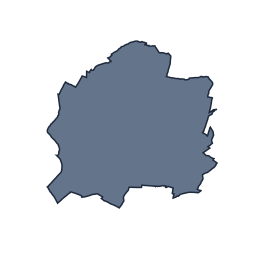 the district of Dobrin, Salaj, Romania, rotated 344°
{"feature_id": "2599482B81285722475955", "entity_name": "Dobrin", "entity_type": "district", "adm_level": 2, "iso_a3": "ROU", "parent_name": "Romania", "parent_adm1": "Salaj", "projection": "natural_earth1", "projection_center": [23.114, 47.302], "detail": "fine", "context": "isolated", "style": "filled", "palette": "slate", "viewbox_px": 256, "rotation_deg": 344, "n_neighbors": 0, "source": "geoboundaries", "source_scale": "gbopen_adm2", "svg_char_len": 5763}
<svg xmlns="http://www.w3.org/2000/svg" viewBox="0 0 256 256"><g transform="rotate(344 128 128)"><path d="M180.9,208.4L180.8,208.2L179.6,207.6L179.1,207.3L177.9,206.2L177.7,205.9L178.9,204.8L179.6,203.6L182.1,201.8L182.9,201.0L183.2,200.4L185.3,198.5L185.9,197.7L186.2,197.0L186.4,195.4L186.4,194.4L186.7,193.5L189.7,192.6L190.8,192.6L191.8,192.7L192.0,192.6L193.5,192.2L194.3,191.7L196.5,191.0L198.1,190.1L199.5,189.8L200.4,189.2L200.7,189.1L202.3,187.9L202.5,187.2L203.9,186.4L203.8,185.9L201.0,182.5L200.8,182.2L202.2,181.1L201.3,180.6L199.2,178.8L198.7,177.8L198.0,177.0L195.6,176.0L194.8,175.0L194.5,174.3L193.4,172.5L200.7,170.0L200.6,169.8L200.7,169.6L200.9,169.6L199.7,168.0L202.5,167.1L203.9,166.3L204.9,166.0L205.0,165.1L204.8,164.2L204.8,163.4L205.6,161.7L207.2,160.0L207.2,159.7L208.4,158.3L208.3,158.2L208.4,156.6L208.6,156.0L208.7,154.6L208.2,153.2L207.9,151.6L207.4,150.3L207.4,149.9L206.8,150.3L205.7,152.2L204.4,154.0L202.3,157.5L202.2,157.6L202.0,157.4L201.1,155.8L198.4,153.1L198.6,152.6L199.5,152.4L200.1,151.7L200.6,150.9L200.8,150.4L203.0,147.7L203.7,146.3L204.8,144.8L205.4,144.0L205.8,143.2L207.1,141.5L207.8,140.1L208.6,139.0L209.3,138.6L210.2,138.3L212.3,138.0L212.6,137.8L212.9,137.1L213.3,136.6L214.1,136.0L214.2,135.8L215.7,135.5L216.1,135.0L216.3,134.8L218.7,134.5L216.8,134.3L216.5,134.3L215.3,134.0L214.7,134.1L214.4,134.3L213.7,134.5L213.1,135.0L212.7,135.0L211.6,135.1L210.9,135.5L210.3,135.6L211.9,132.9L213.1,130.8L216.4,123.8L216.8,123.0L217.4,122.5L217.4,122.3L217.2,122.0L215.3,121.2L214.6,120.8L213.8,120.3L213.2,120.1L214.1,117.9L214.9,117.3L215.3,116.6L215.5,116.0L215.6,115.0L221.2,109.8L221.8,108.2L221.5,106.9L220.8,105.4L219.4,102.7L219.2,102.0L219.2,101.1L217.7,100.2L215.6,99.8L215.0,99.7L214.1,99.7L213.7,99.4L213.7,99.2L213.0,98.7L212.7,98.7L212.4,98.6L211.4,98.9L209.9,98.9L209.0,98.8L206.2,98.0L203.5,97.6L201.3,97.0L200.4,97.1L200.1,97.8L199.6,98.0L198.4,97.9L196.3,97.5L195.9,97.3L195.7,97.0L195.7,96.7L194.5,96.2L193.3,95.6L192.1,95.6L192.1,95.4L190.6,94.8L190.6,94.6L190.3,94.5L189.6,94.3L189.1,94.0L187.7,93.7L186.0,92.7L184.8,92.2L184.2,91.9L183.3,91.6L179.1,89.1L179.9,88.2L180.0,87.9L180.4,87.1L181.3,85.7L181.7,85.3L182.2,84.4L182.4,83.9L183.2,82.6L183.3,82.3L184.0,81.5L185.1,79.6L186.1,78.2L187.1,75.5L187.7,73.7L188.1,73.0L188.5,72.0L188.9,70.6L188.8,70.2L187.2,67.1L185.6,67.5L185.3,67.2L184.6,66.7L182.6,65.5L181.3,64.9L179.3,64.5L178.8,64.2L178.6,63.8L176.6,57.3L176.4,56.8L176.4,56.4L175.9,56.4L175.3,56.3L174.5,55.8L173.2,55.8L172.1,55.5L170.8,55.0L170.7,54.8L170.8,54.5L170.2,54.5L168.9,53.5L167.4,52.8L167.2,52.6L167.2,52.4L168.6,52.2L168.9,52.1L169.1,51.8L169.1,51.5L167.4,50.2L166.5,49.8L165.2,48.8L164.7,48.7L164.4,49.0L163.8,49.1L161.4,47.7L161.3,47.2L159.7,46.7L158.3,46.5L156.8,46.6L154.5,46.4L152.7,46.7L151.0,47.3L150.0,47.2L147.3,47.6L146.5,48.1L146.1,48.2L145.5,48.2L144.8,48.0L144.1,48.1L143.0,48.6L142.8,49.0L142.3,49.2L141.3,49.3L139.1,50.7L138.5,50.9L136.3,51.3L134.4,51.8L133.8,52.2L132.7,52.3L132.4,52.4L132.3,52.7L132.5,53.2L132.4,53.7L131.3,54.1L130.2,54.9L129.6,55.0L128.4,55.0L127.9,55.1L128.7,56.5L129.4,58.1L130.0,58.6L130.0,59.0L129.8,59.5L129.2,59.3L128.6,59.4L127.3,60.0L126.4,60.0L125.9,59.8L125.5,59.5L125.0,59.3L123.6,59.2L116.4,59.4L113.6,60.2L112.0,61.8L110.3,63.0L109.1,62.5L108.7,62.0L108.7,61.7L108.5,61.8L106.9,63.0L106.5,63.6L106.3,64.0L104.4,62.6L103.9,62.1L102.0,68.0L101.1,67.4L99.8,66.3L98.3,65.4L97.7,65.9L96.5,67.3L94.6,69.1L93.9,69.9L91.0,72.5L88.8,74.3L88.3,73.8L87.9,73.1L86.7,72.2L86.0,71.5L85.7,71.0L84.7,70.3L84.0,70.1L83.6,69.7L83.4,69.6L83.2,69.2L82.8,69.1L82.9,68.9L82.7,68.6L82.3,68.6L80.6,66.6L79.9,67.2L77.9,69.1L76.6,70.7L73.8,73.5L71.1,76.7L70.1,76.1L67.9,90.9L66.9,91.8L65.6,94.0L65.5,94.7L65.2,95.1L65.1,95.9L64.8,96.5L64.5,96.8L64.0,96.9L63.8,97.1L63.2,98.1L62.5,98.7L61.6,99.1L58.9,101.0L57.7,101.5L56.5,102.4L54.8,103.1L54.0,104.1L52.0,105.3L50.0,107.6L49.6,108.7L49.5,109.3L49.5,109.9L49.7,110.6L51.3,113.4L51.7,115.1L52.4,116.7L54.4,119.9L54.4,120.2L55.5,123.1L56.4,124.6L56.4,125.3L56.2,125.8L56.3,126.3L56.4,126.6L56.5,128.5L55.9,130.9L55.1,131.5L54.8,132.1L54.7,132.6L54.4,133.7L53.5,134.5L53.0,135.0L52.5,135.0L51.8,134.7L53.7,138.1L54.3,139.8L54.3,140.3L54.4,142.5L54.4,143.2L54.5,143.4L54.5,144.1L54.4,144.9L54.4,145.3L53.4,148.4L52.7,150.0L51.8,151.7L51.2,152.3L47.8,154.2L44.7,156.2L43.1,157.1L38.0,160.3L35.7,161.6L34.8,162.3L34.2,162.4L34.7,163.8L35.6,167.9L35.8,168.3L36.1,168.4L37.0,171.4L37.8,172.9L38.4,175.1L39.6,180.9L40.6,180.4L43.8,178.9L45.4,178.0L49.6,176.2L51.1,175.6L52.1,175.0L54.4,174.3L54.7,174.1L55.0,173.6L55.8,173.9L59.6,176.4L62.2,178.3L64.2,180.0L64.7,180.5L64.4,181.6L65.3,182.0L68.1,182.3L70.7,182.4L76.0,182.1L78.1,182.6L79.0,182.5L80.0,182.8L80.4,182.7L81.9,184.4L84.5,187.0L84.6,187.3L84.0,187.8L82.9,188.4L84.3,190.1L84.6,190.9L85.2,191.6L85.4,191.6L85.6,191.5L88.7,194.2L89.7,195.4L90.9,196.5L92.2,197.4L94.9,199.7L97.5,202.4L99.2,201.2L101.1,199.7L102.6,198.1L103.6,197.3L104.0,196.7L104.2,195.4L104.3,193.9L105.0,192.6L106.7,190.9L109.1,189.2L111.0,188.0L111.3,187.6L112.0,186.3L112.7,185.2L120.2,187.6L123.9,188.7L124.6,188.8L125.6,186.8L137.7,191.3L138.2,191.6L138.3,191.9L138.9,191.6L139.2,191.7L139.9,192.2L142.7,192.8L145.1,192.9L145.8,193.0L146.5,193.6L147.3,193.7L148.1,194.0L147.7,194.9L147.8,195.3L148.2,195.7L148.9,195.7L149.2,195.0L150.1,195.4L150.5,195.3L150.9,195.4L151.3,195.8L152.5,196.4L153.4,197.2L154.8,197.9L154.8,198.3L153.9,200.0L153.3,201.6L152.6,202.8L152.5,203.2L152.8,203.5L154.1,204.1L152.5,206.7L152.0,207.8L155.2,207.6L156.0,207.1L156.5,207.0L156.9,207.2L157.5,207.0L157.8,207.1L157.8,207.3L158.2,207.2L159.3,206.5L160.2,206.2L162.6,206.2L168.2,206.5L170.4,207.0L173.8,208.1L177.7,209.6L180.9,208.4Z" fill="#64748b" stroke="#1e293b" stroke-width="1.5"/></g></svg>